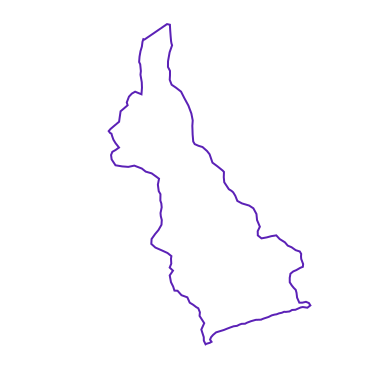 Pyrgos Lemesou, Limassol, Cyprus (orthographic projection), rotated 330°
{"feature_id": "46923920B45908077998395", "entity_name": "Pyrgos Lemesou", "entity_type": "district", "adm_level": 2, "iso_a3": "CYP", "parent_name": "Cyprus", "parent_adm1": "Limassol", "projection": "orthographic", "projection_center": [33.184, 34.741], "detail": "fine", "context": "isolated", "style": "outline", "palette": "violet", "viewbox_px": 384, "rotation_deg": 330, "n_neighbors": 0, "source": "geoboundaries", "source_scale": "gbopen_adm2", "svg_char_len": 2512}
<svg xmlns="http://www.w3.org/2000/svg" viewBox="0 0 384 384"><g transform="rotate(330 192 192)"><path d="M226.3,35.3L224.2,37.2L221.3,41.0L217.8,44.3L214.2,48.6L211.2,53.0L211.0,55.5L208.2,61.7L206.0,64.7L203.4,71.8L200.8,76.7L197.1,82.1L192.9,76.7L189.1,76.7L185.1,77.9L180.3,81.8L179.6,84.7L170.5,86.4L166.0,92.1L164.0,94.7L157.2,95.9L152.9,96.7L150.3,97.6L150.6,99.9L151.4,101.2L150.8,103.6L150.1,107.4L150.2,111.5L151.0,117.0L146.9,117.4L143.1,117.4L140.4,119.5L138.7,123.6L139.1,130.6L144.3,134.9L149.4,138.4L155.2,140.3L160.3,146.6L162.1,151.2L166.4,155.7L170.1,164.0L166.1,168.6L163.6,174.7L163.6,178.1L160.3,183.6L159.7,186.6L158.1,190.1L154.2,194.5L152.9,197.3L151.8,201.2L149.2,205.1L143.9,208.2L139.2,209.9L133.5,212.5L130.8,216.6L132.5,221.8L136.9,227.8L140.3,232.6L142.1,237.2L140.5,239.2L138.2,243.7L134.9,246.3L136.2,250.6L131.0,253.1L128.7,259.6L128.4,264.5L127.5,268.6L130.1,270.3L131.3,276.1L135.3,280.9L134.7,286.7L136.6,290.2L138.2,294.0L139.3,295.8L138.7,300.1L136.6,303.1L137.0,311.7L131.3,315.8L129.6,323.6L127.9,326.7L127.6,330.7L128.7,330.7L132.0,331.5L134.0,331.5L133.8,328.9L135.9,327.3L138.8,326.3L142.7,325.6L150.5,327.4L154.0,327.9L157.1,328.4L160.9,329.1L164.0,330.4L167.0,330.6L169.1,331.0L172.1,332.6L174.4,332.7L178.6,333.4L183.3,334.6L188.0,337.1L189.4,337.2L191.1,337.5L195.8,338.5L199.3,338.7L202.0,339.4L204.1,340.2L206.7,340.6L209.4,341.5L211.9,341.8L213.2,342.7L216.7,344.2L219.7,344.2L222.7,345.7L225.5,346.0L228.3,346.3L230.4,347.0L234.1,349.9L237.8,349.4L237.7,346.6L235.8,344.1L232.2,343.0L229.6,341.5L230.2,336.0L232.1,331.6L232.9,328.6L232.2,326.0L231.7,322.9L231.5,319.1L233.7,315.2L236.4,312.0L240.0,311.4L243.3,311.8L247.8,311.8L250.6,312.2L252.2,310.0L253.1,304.6L254.2,302.3L255.6,300.2L255.6,297.4L252.7,294.2L250.6,289.6L248.1,286.3L247.3,282.0L244.4,276.6L243.3,271.7L238.6,269.9L234.1,268.7L229.0,266.9L227.3,262.5L229.3,258.8L233.4,256.0L234.3,248.8L236.8,243.3L237.0,236.8L234.7,232.3L229.6,226.9L226.8,222.4L227.6,216.9L227.5,212.9L226.8,210.8L225.3,208.0L224.8,199.7L226.9,195.1L229.7,190.6L229.3,188.8L226.9,182.6L224.4,176.8L226.1,168.1L225.5,164.0L223.6,158.3L220.7,155.2L218.3,151.9L218.3,148.9L221.3,142.5L223.4,138.6L225.4,134.8L226.1,133.8L228.4,130.4L230.7,123.7L232.1,115.3L232.3,107.1L232.7,99.6L230.3,93.7L228.0,88.9L228.8,83.7L231.3,79.9L233.5,76.1L233.7,71.7L236.6,66.8L242.5,59.8L248.1,55.0L248.5,53.1L249.3,50.9L251.4,46.4L254.2,40.6L256.5,36.1L254.3,34.1L227.0,36.2L226.3,35.3Z" fill="none" stroke="#5b21b6" stroke-width="2"/></g></svg>